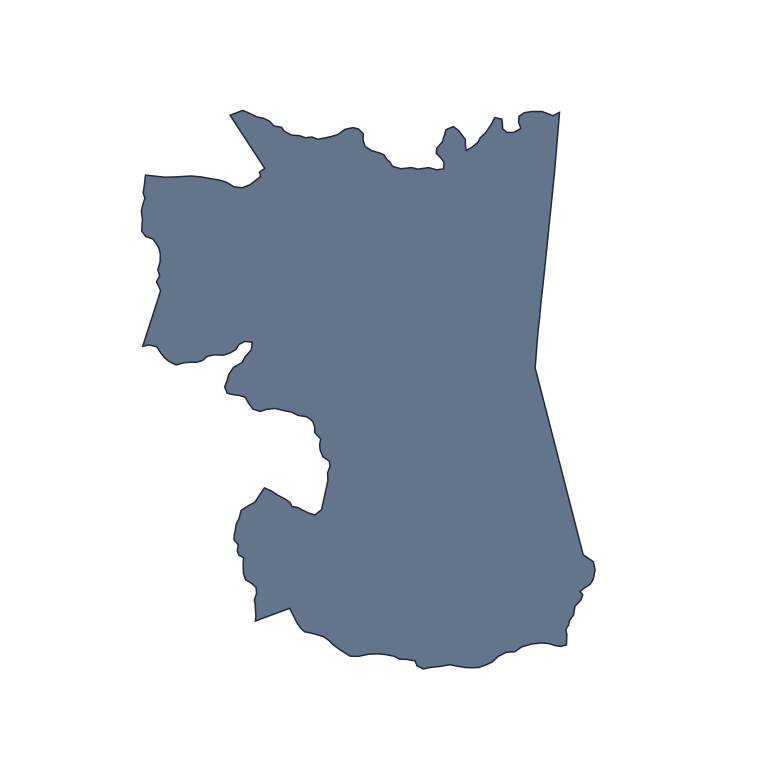 outline of Uruoca, Ceará, Brazil, rotated 78°
{"feature_id": "56859067B73687769922526", "entity_name": "Uruoca", "entity_type": "district", "adm_level": 2, "iso_a3": "BRA", "parent_name": "Brazil", "parent_adm1": "Ceará", "projection": "equal_earth", "projection_center": [-40.696, -3.323], "detail": "fine", "context": "isolated", "style": "filled", "palette": "slate", "viewbox_px": 768, "rotation_deg": 78, "n_neighbors": 0, "source": "geoboundaries", "source_scale": "gbopen_adm2", "svg_char_len": 3201}
<svg xmlns="http://www.w3.org/2000/svg" viewBox="0 0 768 768"><g transform="rotate(78 384 384)"><path d="M130.1,573.8L141.3,577.7L147.2,579.9L152.5,579.2L157.2,582.0L164.3,585.4L172.8,586.1L178.1,587.6L184.1,589.2L190.2,586.4L194.2,579.8L199.1,577.7L204.0,576.0L210.0,575.7L217.9,577.6L224.9,581.4L231.7,581.0L236.8,585.4L242.0,583.9L246.4,583.2L258.2,589.9L297.0,612.2L296.9,605.8L300.3,598.6L307.9,595.6L313.1,593.0L317.5,589.3L322.2,583.3L321.6,575.4L322.5,568.9L323.8,562.5L323.3,556.5L320.3,551.5L320.1,544.4L322.4,535.0L321.5,527.7L319.6,521.8L315.2,517.6L313.4,511.4L315.8,504.2L322.9,506.6L328.2,513.8L333.5,518.4L336.4,527.8L342.7,534.0L348.1,536.8L353.7,540.5L360.4,539.3L363.2,533.3L365.1,527.8L368.1,522.6L374.7,520.4L381.4,517.4L385.1,510.8L384.4,504.2L385.3,495.7L389.5,486.8L392.1,480.5L396.8,474.6L400.2,466.1L405.7,461.5L411.7,460.7L417.3,461.8L424.7,457.3L429.8,459.6L435.4,460.2L442.4,458.9L448.3,453.5L453.4,453.9L459.2,457.7L466.7,458.9L493.9,471.2L497.7,478.7L494.5,484.6L490.8,489.4L486.8,494.1L484.7,499.5L480.2,500.6L475.3,505.4L470.4,511.4L465.8,515.8L460.7,522.6L466.9,528.9L472.8,534.9L474.9,542.2L477.9,550.0L485.3,553.7L490.0,557.5L496.6,560.1L500.8,561.9L505.2,563.1L510.9,560.0L517.0,562.3L521.3,561.5L524.5,557.5L531.4,559.3L540.2,560.9L546.7,560.1L551.8,554.7L556.2,551.5L562.5,552.2L568.1,555.7L573.7,555.9L578.3,556.7L584.1,557.5L589.1,559.1L583.8,523.0L600.5,518.4L605.6,516.2L609.8,513.2L613.6,504.8L618.6,495.6L623.3,491.3L628.7,487.8L635.0,482.1L643.2,473.7L645.1,465.5L645.1,455.1L646.7,446.3L649.0,438.6L652.4,430.7L656.4,426.0L658.1,419.0L661.3,411.2L666.5,410.3L670.9,404.9L670.9,397.1L671.9,387.9L672.2,378.1L675.3,370.9L678.3,363.2L679.8,357.2L681.0,350.2L680.0,342.8L678.4,335.8L674.3,329.2L671.8,319.9L673.1,311.7L669.8,304.1L669.0,293.5L670.0,283.7L672.3,276.5L675.3,271.2L677.4,266.1L677.2,259.8L671.3,258.3L667.0,257.2L661.8,257.2L658.3,253.6L653.9,251.7L649.3,246.6L641.1,243.4L636.2,236.3L631.6,233.4L627.6,235.3L625.0,230.0L622.8,224.0L618.5,219.9L609.9,216.2L601.4,216.2L592.4,224.7L486.8,229.1L399.6,232.8L364.8,222.5L350.6,217.7L343.3,215.5L337.5,213.7L311.9,205.2L213.1,173.4L154.8,155.8L156.7,163.0L153.1,168.4L150.3,172.8L148.2,182.6L147.8,190.4L150.3,196.4L156.1,197.9L162.5,197.0L164.9,204.9L163.4,211.5L159.0,214.9L153.7,214.0L149.4,213.7L146.4,220.3L152.0,224.7L156.1,229.0L159.9,233.1L163.0,238.5L167.1,241.9L170.6,248.6L172.8,255.0L168.0,254.8L161.8,253.6L157.1,255.8L151.3,258.6L146.6,262.6L148.1,270.6L153.1,273.0L159.5,276.8L164.4,283.4L169.2,285.0L175.1,281.2L179.8,279.3L186.0,280.9L185.4,288.1L181.6,295.3L180.9,306.3L178.1,311.9L176.9,322.9L172.8,330.5L168.3,332.0L164.4,334.8L159.7,336.4L156.7,340.9L153.4,347.4L147.6,353.1L141.1,353.8L135.0,352.2L129.2,356.0L126.8,361.0L126.8,369.1L130.4,377.3L131.0,384.7L131.0,391.1L130.8,398.1L127.4,403.1L126.8,409.6L123.5,415.2L121.2,423.0L115.9,429.0L111.5,431.0L108.7,438.0L103.1,441.4L99.1,446.4L96.6,452.4L92.4,457.7L87.0,465.3L89.1,478.7L148.3,455.8L150.8,461.7L155.3,461.5L161.3,473.7L162.5,482.1L159.9,489.7L153.6,496.6L150.6,502.0L147.1,510.8L143.2,520.4L140.4,529.6L139.4,536.2L137.8,546.6L136.2,555.3L130.1,573.8Z" fill="#64748b" stroke="#1e293b" stroke-width="1.5"/></g></svg>